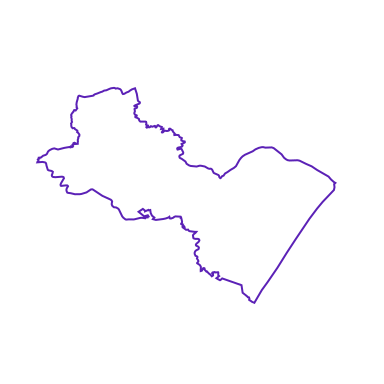 Trieu Phong, Quảng Trị, Vietnam (Equal Earth projection), rotated 74°
{"feature_id": "81297802B12813150904873", "entity_name": "Trieu Phong", "entity_type": "district", "adm_level": 2, "iso_a3": "VNM", "parent_name": "Vietnam", "parent_adm1": "Quảng Trị", "projection": "equal_earth", "projection_center": [107.119, 16.775], "detail": "fine", "context": "isolated", "style": "outline", "palette": "violet", "viewbox_px": 384, "rotation_deg": 74, "n_neighbors": 0, "source": "geoboundaries", "source_scale": "gbopen_adm2", "svg_char_len": 6054}
<svg xmlns="http://www.w3.org/2000/svg" viewBox="0 0 384 384"><g transform="rotate(74 192 192)"><path d="M68.3,273.9L68.5,274.7L69.9,275.8L70.8,276.1L73.8,278.0L76.0,279.0L78.0,279.2L78.5,279.6L79.9,279.2L81.6,281.4L81.5,281.7L80.9,282.3L80.9,282.9L82.2,283.9L82.4,284.5L82.8,284.8L83.3,285.7L84.7,287.0L85.9,286.9L86.7,287.5L88.7,287.5L90.5,288.1L91.6,288.0L92.9,289.4L93.9,289.4L94.6,289.7L96.1,289.9L97.8,289.2L98.0,287.7L98.2,287.4L99.2,287.2L101.4,285.3L102.1,285.4L102.7,285.9L103.6,285.2L105.7,284.4L107.0,284.8L108.0,286.3L108.7,286.3L110.5,287.5L112.0,287.7L112.9,288.3L113.6,288.3L114.2,288.6L114.0,289.0L113.9,290.1L113.6,290.4L112.8,290.8L112.8,291.5L112.9,291.9L112.3,291.8L112.3,292.4L113.0,292.9L113.5,292.3L113.4,293.1L113.6,293.8L115.0,293.7L115.2,294.4L115.6,294.3L115.8,295.1L115.3,295.6L114.7,295.8L114.9,296.4L115.4,296.9L115.0,297.2L114.7,299.7L114.4,302.6L114.2,309.1L112.1,312.4L112.0,314.5L112.5,317.2L113.1,318.7L113.5,319.3L115.4,321.0L116.0,322.4L116.1,325.2L117.2,327.6L116.8,329.9L117.1,330.0L117.4,329.5L117.7,329.5L117.8,330.6L118.2,331.1L118.6,330.7L120.0,331.1L120.1,331.9L120.2,332.0L120.5,331.5L120.6,332.0L120.9,332.3L121.9,327.4L123.0,325.2L123.6,324.6L124.5,324.4L126.6,324.6L130.9,324.5L131.6,323.9L133.1,321.1L134.2,320.2L135.6,320.9L137.1,322.1L138.1,322.2L138.8,321.9L139.3,321.3L140.1,319.3L141.4,312.9L141.8,312.0L142.3,311.4L143.5,311.3L147.4,315.4L148.6,316.3L149.2,316.4L149.8,316.4L150.1,316.0L150.8,311.8L151.3,310.1L151.8,309.7L152.3,309.6L154.0,311.4L155.2,312.1L156.3,312.3L158.1,312.1L158.6,311.5L159.8,308.8L161.9,305.1L163.2,300.3L163.4,298.8L163.3,293.5L161.7,288.5L161.9,287.2L162.3,286.6L171.0,279.2L177.0,272.2L178.0,271.6L179.1,271.4L180.9,272.3L182.0,272.6L183.4,272.4L185.1,271.3L186.0,269.1L187.6,267.6L188.6,267.1L196.2,265.8L197.8,265.1L200.0,263.5L200.4,262.8L200.9,260.2L202.2,256.0L202.4,254.8L202.6,248.9L203.0,247.2L204.3,244.3L203.8,244.0L204.0,242.5L203.5,242.5L204.1,241.6L203.8,241.4L203.1,242.0L203.0,241.3L203.7,241.1L203.6,240.5L202.2,240.9L202.2,244.7L196.3,248.8L194.7,243.9L197.1,242.2L197.6,242.4L197.2,238.8L197.7,238.6L197.8,237.1L200.7,237.5L203.7,237.0L206.1,235.3L206.5,236.1L207.3,237.1L208.9,234.4L210.0,227.3L210.2,224.6L210.0,221.6L209.6,220.6L211.2,220.6L211.7,219.6L211.6,217.5L211.3,216.4L211.0,216.0L210.9,214.6L212.6,209.7L213.2,209.5L213.9,210.0L214.3,209.5L217.7,209.7L219.0,210.2L219.4,210.6L219.4,211.1L219.9,211.2L220.7,209.8L221.0,210.1L221.6,210.0L222.2,210.6L222.6,210.5L222.8,210.3L222.6,209.2L223.5,208.9L223.5,209.4L223.8,210.4L226.7,208.1L227.1,206.1L228.3,205.8L229.0,205.1L231.0,200.5L231.5,198.9L232.2,199.9L233.0,201.9L233.5,202.6L233.8,203.0L236.5,203.4L237.0,203.2L237.9,201.9L238.7,199.2L239.3,198.4L240.1,198.2L240.7,198.3L241.8,199.5L243.0,202.1L243.7,202.8L244.2,202.9L244.8,202.7L246.0,201.3L246.6,200.9L247.3,200.7L248.4,201.2L248.8,201.8L249.2,204.0L249.5,204.7L250.1,205.5L251.3,206.3L252.4,206.5L254.3,206.2L255.1,205.1L255.7,204.7L256.1,204.7L257.3,205.6L259.1,205.0L260.0,204.9L260.6,205.1L261.6,206.6L261.9,206.7L264.2,204.7L266.0,204.1L267.1,204.3L269.2,205.1L270.4,205.4L270.4,204.5L270.3,204.1L268.4,202.4L268.3,202.0L268.6,201.2L268.9,201.0L269.8,201.4L272.5,200.1L272.4,199.6L274.9,198.3L276.7,197.0L278.5,196.2L278.2,195.1L277.9,194.7L277.0,194.6L276.4,194.2L275.5,195.0L275.0,194.4L275.2,192.2L275.8,191.7L276.3,189.0L276.5,188.9L279.3,189.7L280.3,189.1L281.6,192.3L282.9,191.1L284.5,189.4L284.5,189.0L283.4,186.8L295.2,170.1L302.8,171.1L307.9,167.5L308.5,167.4L309.0,166.3L310.3,166.2L311.4,166.8L311.8,166.7L312.4,165.9L314.2,164.5L315.7,162.6L305.5,151.9L299.4,144.1L288.4,130.8L276.6,117.7L265.9,105.3L250.1,86.5L242.4,76.3L237.5,69.1L229.2,55.0L226.7,53.7L223.6,53.2L222.8,51.7L221.5,52.9L218.3,54.9L214.8,56.5L205.3,65.7L200.3,69.9L196.5,74.5L191.6,79.9L190.6,81.7L188.6,89.6L187.7,91.4L186.4,92.7L184.4,94.1L180.5,95.5L172.3,101.4L171.1,103.1L169.6,109.2L168.4,111.4L168.1,112.9L168.0,115.7L168.5,119.3L169.6,122.4L170.8,130.8L171.7,133.6L172.7,135.4L174.3,137.6L179.3,142.6L180.4,145.1L181.4,149.0L182.6,152.3L183.3,155.1L185.0,157.2L185.1,158.7L186.4,160.4L186.5,161.0L185.4,161.6L183.7,161.6L183.0,161.9L180.0,165.5L179.5,165.9L176.0,166.5L175.0,167.2L174.7,167.7L174.5,168.9L173.8,170.0L171.0,172.7L169.1,176.4L168.8,177.7L168.8,180.5L166.6,186.1L165.6,187.5L163.4,189.4L160.9,189.9L157.1,192.9L156.2,194.0L155.6,194.4L154.4,194.4L153.6,193.9L153.4,193.4L152.8,190.2L152.5,189.9L151.5,189.5L147.8,190.2L147.5,190.5L147.3,191.1L147.3,194.1L147.1,194.3L146.0,194.2L145.7,193.8L145.5,193.0L145.7,190.6L145.5,188.9L144.7,188.2L144.3,188.2L143.6,188.8L142.9,188.8L142.5,185.6L142.1,185.1L141.4,185.1L140.5,186.9L139.5,188.0L138.8,187.9L137.6,187.0L137.2,186.9L135.9,188.7L133.6,189.2L133.1,190.6L132.8,191.1L132.4,193.3L132.1,193.3L131.2,192.5L128.4,193.8L127.4,193.6L126.5,194.7L125.3,195.3L124.9,196.3L125.2,196.8L126.4,197.0L126.6,197.9L126.5,199.2L125.6,201.2L125.8,202.0L126.6,203.5L126.6,204.3L126.4,204.5L126.2,204.5L124.2,202.3L123.2,202.0L122.9,204.3L121.2,203.1L119.7,205.2L118.5,205.9L118.3,206.2L118.5,206.9L119.7,208.2L120.0,208.9L119.7,209.3L118.4,209.3L118.2,209.5L118.3,212.3L117.4,213.3L117.4,213.7L117.9,214.2L118.1,215.0L117.7,215.7L117.6,217.8L117.1,218.0L116.4,216.2L116.0,216.0L115.2,217.2L114.6,217.6L113.4,216.9L111.9,216.8L111.5,217.3L110.2,222.0L109.9,222.4L108.7,223.0L107.1,222.9L105.7,224.2L104.5,225.8L104.1,225.8L103.8,225.6L103.7,224.6L103.5,224.1L103.2,224.0L101.7,225.6L100.7,225.8L100.2,225.7L98.6,224.6L96.4,224.4L96.2,224.2L96.1,223.7L95.9,221.9L95.1,221.2L94.5,221.3L93.9,222.4L93.7,223.6L93.4,223.7L93.0,222.8L92.5,218.2L92.3,217.8L91.6,217.4L91.3,217.4L89.9,218.6L89.2,218.8L82.4,218.0L76.6,218.2L76.8,221.5L77.4,223.6L78.1,225.3L78.3,227.7L78.9,229.8L78.9,230.9L78.8,231.4L78.1,231.7L75.2,232.0L74.1,232.3L73.3,232.8L71.8,234.9L71.5,237.0L70.8,237.5L70.4,238.3L70.0,241.2L70.1,242.7L70.6,246.3L70.3,248.5L70.8,250.6L70.8,252.1L71.2,255.9L71.3,258.4L71.6,259.5L72.1,260.0L72.1,261.0L71.2,269.0L70.4,270.6L68.3,273.9Z" fill="none" stroke="#5b21b6" stroke-width="2"/></g></svg>